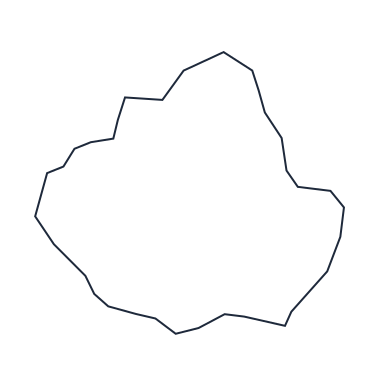 Suwon-si, Gyeonggi, South Korea, rotated 7°
{"feature_id": "91817680B43312282385471", "entity_name": "Suwon-si", "entity_type": "district", "adm_level": 2, "iso_a3": "KOR", "parent_name": "South Korea", "parent_adm1": "Gyeonggi", "projection": "robinson", "projection_center": [127.011, 37.279], "detail": "fine", "context": "isolated", "style": "outline", "palette": "slate", "viewbox_px": 384, "rotation_deg": 7, "n_neighbors": 0, "source": "geoboundaries", "source_scale": "gbopen_adm2", "svg_char_len": 571}
<svg xmlns="http://www.w3.org/2000/svg" viewBox="0 0 384 384"><g transform="rotate(7 192 192)"><path d="M206.3,49.3L168.9,72.5L151.4,104.2L114.0,106.3L109.6,129.6L107.4,148.6L85.5,154.9L70.1,163.4L67.4,169.2L61.3,182.4L45.9,190.9L39.3,235.3L61.3,260.7L96.4,288.2L107.4,305.1L122.8,315.7L151.3,319.9L171.1,322.0L193.1,334.7L215.1,326.2L239.3,309.3L259.0,309.3L300.6,313.5L305.2,298.7L335.9,254.3L344.7,218.4L344.7,188.8L329.3,174.0L296.4,174.0L283.2,159.2L274.4,127.5L254.6,104.2L245.8,83.1L237.0,64.1L206.3,49.3Z" fill="none" stroke="#1e293b" stroke-width="2"/></g></svg>